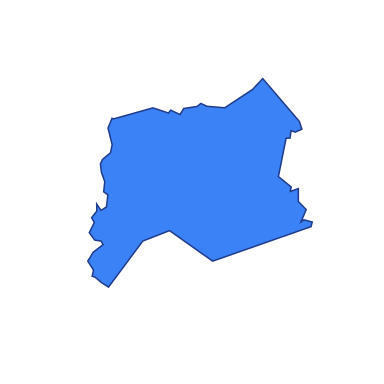 Hardin, Kentucky, United States of America (Albers equal-area conic projection), rotated 225°
{"feature_id": "52423323B56050966337073", "entity_name": "Hardin", "entity_type": "district", "adm_level": 2, "iso_a3": "USA", "parent_name": "United States of America", "parent_adm1": "Kentucky", "projection": "albers", "projection_center": [-85.938, 37.724], "detail": "fine", "context": "isolated", "style": "filled", "palette": "blue", "viewbox_px": 384, "rotation_deg": 225, "n_neighbors": 0, "source": "geoboundaries", "source_scale": "gbopen_adm2", "svg_char_len": 978}
<svg xmlns="http://www.w3.org/2000/svg" viewBox="0 0 384 384"><g transform="rotate(225 192 192)"><path d="M128.5,157.7L117.0,181.7L83.3,251.7L85.8,255.8L93.2,251.5L93.8,247.9L98.8,260.3L110.1,260.5L119.2,269.6L122.9,261.9L125.4,265.7L141.8,264.0L163.5,296.6L160.8,299.4L165.3,305.4L161.3,307.4L158.7,314.1L165.9,317.8L182.4,319.1L222.2,322.2L221.7,307.5L228.4,274.7L241.9,263.3L248.4,260.8L248.9,256.1L256.9,245.2L255.2,238.3L265.0,234.8L264.5,231.2L279.1,223.9L295.8,194.2L299.2,188.2L300.7,187.6L296.6,177.8L281.9,169.0L277.4,162.1L278.3,151.8L276.7,147.2L270.0,141.9L261.0,137.6L254.6,129.7L249.5,130.5L241.9,120.9L243.4,114.7L250.9,116.1L245.8,111.1L244.8,102.8L239.5,101.4L235.9,90.6L226.8,89.2L221.6,93.0L217.7,91.9L219.3,79.5L216.8,69.4L206.7,67.2L205.7,66.1L203.0,61.8L202.2,62.3L200.9,63.0L198.5,63.4L192.1,63.9L184.6,65.5L183.8,65.7L184.6,71.3L189.8,106.7L192.1,122.5L188.6,130.5L180.6,148.8L128.5,157.7Z" fill="#3b82f6" stroke="#1e3a8a" stroke-width="1.5"/></g></svg>